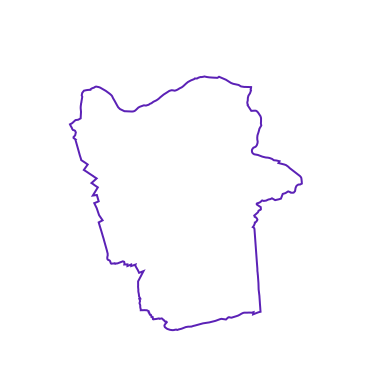 outline of Tenampulco, Puebla, Mexico, rotated 65°
{"feature_id": "50627088B49720713331936", "entity_name": "Tenampulco", "entity_type": "district", "adm_level": 2, "iso_a3": "MEX", "parent_name": "Mexico", "parent_adm1": "Puebla", "projection": "natural_earth1", "projection_center": [-97.395, 20.195], "detail": "fine", "context": "isolated", "style": "outline", "palette": "violet", "viewbox_px": 384, "rotation_deg": 65, "n_neighbors": 0, "source": "geoboundaries", "source_scale": "gbopen_adm2", "svg_char_len": 5952}
<svg xmlns="http://www.w3.org/2000/svg" viewBox="0 0 384 384"><g transform="rotate(65 192 192)"><path d="M93.0,276.5L95.0,275.4L95.0,275.5L104.3,277.0L111.5,278.2L114.8,278.6L116.3,278.9L119.7,276.8L123.0,274.9L126.3,280.7L129.3,278.8L132.5,276.9L135.4,275.1L135.6,275.0L135.8,274.8L136.0,274.8L139.4,272.7L141.4,279.3L143.2,278.2L144.7,277.4L148.0,275.4L153.3,283.4L154.5,279.5L161.0,280.5L161.0,281.9L160.8,285.3L166.4,285.2L173.7,286.0L173.8,286.0L179.9,285.0L180.1,289.4L184.8,290.1L187.8,290.5L192.5,291.2L194.4,291.5L197.3,291.9L198.3,292.1L208.7,293.8L212.3,294.5L213.3,295.0L213.7,295.1L214.7,295.9L215.8,296.6L216.9,297.0L217.7,296.9L218.3,296.5L218.7,296.1L219.1,295.7L219.7,295.5L220.5,295.5L221.3,295.6L222.4,295.7L223.0,295.2L223.2,294.4L223.6,293.5L223.8,292.5L223.9,292.1L224.6,292.0L224.7,291.6L224.9,290.4L225.2,289.8L225.6,284.0L226.4,283.2L226.6,283.0L226.9,283.0L228.0,283.3L228.4,283.5L229.1,284.0L230.3,281.1L231.8,281.8L232.0,277.8L233.4,278.4L233.9,273.9L234.0,274.0L235.3,274.5L240.1,274.1L242.9,274.1L243.2,269.4L244.1,270.6L250.2,278.6L251.9,279.4L253.9,280.3L255.0,280.9L257.5,281.8L258.1,282.0L258.4,282.2L259.3,282.6L259.9,282.8L262.0,283.3L264.0,284.0L264.4,284.1L265.9,284.0L266.4,283.9L266.8,283.9L266.6,284.9L268.1,285.0L268.9,285.2L270.2,286.3L270.7,286.6L272.2,286.7L273.1,286.9L274.3,287.5L275.4,287.8L276.6,288.0L277.5,288.4L278.0,287.2L279.1,284.8L280.1,282.9L281.8,281.6L282.1,281.7L282.4,281.9L282.7,282.1L282.9,282.2L283.1,282.1L283.3,282.0L283.4,281.8L284.0,282.0L284.3,281.9L284.7,282.0L285.2,281.7L285.7,281.8L286.0,281.2L287.1,281.3L287.5,281.2L288.1,281.5L288.7,280.5L289.1,280.6L289.4,280.7L289.7,280.9L290.0,280.9L290.3,280.8L290.6,280.7L290.7,280.8L290.8,280.9L290.9,281.0L291.0,280.9L291.2,280.6L291.3,279.9L291.9,278.3L292.2,277.0L292.6,275.4L292.9,275.3L293.2,275.1L293.8,272.8L294.8,272.3L295.8,272.0L296.1,271.7L296.7,271.5L297.6,271.4L297.9,271.3L298.1,270.9L298.2,270.6L298.4,270.3L298.7,270.0L298.9,269.9L299.2,269.9L299.4,269.9L299.5,270.1L299.7,270.6L299.9,271.1L300.5,272.3L300.9,272.9L301.1,273.2L301.5,273.5L301.9,273.6L302.9,273.7L303.2,273.6L303.7,273.3L304.8,272.8L305.7,272.2L307.6,270.2L308.9,268.2L309.5,266.7L309.6,265.9L309.7,265.4L309.9,265.0L310.0,264.5L310.2,264.2L310.5,264.0L310.7,263.8L310.9,263.3L310.9,262.8L310.9,262.3L311.0,261.9L311.1,261.3L311.5,259.2L311.8,254.7L312.4,252.5L313.7,249.5L314.0,247.1L314.3,245.7L315.7,237.5L317.5,231.4L318.7,225.2L319.1,220.4L319.4,218.9L321.9,215.1L321.2,212.9L321.1,212.7L321.1,212.3L321.0,212.1L321.0,211.8L321.1,211.4L321.3,211.3L321.5,210.9L322.1,210.1L322.6,209.3L323.3,204.2L323.5,202.3L323.4,200.4L323.2,198.6L323.2,196.7L323.5,195.5L324.8,192.7L325.4,191.2L325.7,190.7L326.0,190.0L326.6,189.0L326.9,187.0L328.7,188.3L328.9,185.0L329.1,182.5L329.5,180.5L327.6,179.8L325.3,178.9L322.1,177.7L320.3,177.0L315.1,175.0L314.9,174.9L308.5,172.8L302.7,170.3L294.8,167.3L294.3,167.2L293.4,166.8L291.2,166.1L289.2,165.2L282.3,162.6L271.8,158.6L252.1,151.1L251.2,150.9L250.5,151.1L249.9,151.4L249.5,151.7L249.0,150.7L248.2,149.6L247.4,148.8L246.7,148.0L246.2,147.9L246.2,147.1L246.1,146.6L246.0,146.2L245.7,145.8L245.6,145.6L245.4,145.3L245.3,145.0L245.0,144.7L244.7,144.4L244.1,144.4L243.6,144.4L242.2,144.7L241.5,145.2L241.2,145.5L240.8,145.7L240.2,145.5L239.8,145.2L239.6,145.3L238.3,140.9L237.7,140.1L237.1,139.6L237.0,138.3L237.1,137.5L236.7,136.8L234.7,136.1L233.5,136.9L230.8,138.5L230.3,138.5L229.9,138.2L229.8,137.8L230.1,135.4L230.1,135.1L229.8,133.7L229.3,132.0L230.4,130.8L231.1,128.5L231.1,127.5L231.1,125.9L231.6,123.8L231.5,122.2L234.5,120.1L235.3,116.4L235.6,114.2L232.1,110.6L232.5,107.8L232.3,106.3L232.1,104.6L233.8,102.9L234.2,102.9L234.9,101.8L235.4,100.6L235.5,100.0L234.7,98.2L232.2,96.5L231.7,96.0L230.9,95.1L230.5,94.4L230.2,92.5L230.8,91.0L230.9,90.7L230.8,89.0L230.8,88.9L229.1,88.2L227.4,87.6L225.8,87.1L225.3,87.0L224.7,87.0L223.2,87.4L219.5,89.3L213.7,92.3L211.8,93.3L209.7,94.1L207.4,95.4L206.2,96.6L202.3,101.4L201.1,99.7L199.1,102.2L197.8,104.4L195.8,105.5L193.9,107.4L192.9,108.8L191.8,110.7L189.7,113.3L186.3,116.6L184.1,119.7L182.6,120.6L181.2,120.7L179.9,120.3L178.9,119.6L178.3,118.6L177.8,117.6L177.9,116.0L177.7,114.7L176.9,113.4L175.3,111.9L173.9,111.1L172.2,110.7L170.3,109.9L168.3,108.7L166.3,106.8L164.8,105.5L163.1,104.1L161.0,101.1L159.0,100.6L157.2,99.6L154.2,98.2L152.3,97.9L149.5,98.3L148.1,98.5L146.7,98.9L145.8,99.4L145.3,99.8L144.8,100.8L143.5,104.0L136.8,104.9L136.3,104.4L135.6,104.5L134.3,104.1L133.3,103.4L132.8,102.9L130.3,101.6L128.5,100.1L127.1,97.8L125.5,96.2L124.7,95.5L124.2,95.7L123.6,95.4L122.7,94.5L122.3,94.3L121.9,94.1L118.7,100.5L117.0,103.0L114.7,104.5L111.3,109.0L109.6,110.6L104.6,113.8L99.0,118.8L99.3,120.6L98.4,122.4L97.0,125.0L95.4,127.9L94.1,129.9L92.5,132.0L92.5,132.4L92.2,133.6L91.9,134.7L91.4,135.7L91.1,138.0L91.3,139.1L90.9,140.3L90.3,141.5L90.6,142.4L90.4,145.7L90.6,149.2L91.2,151.5L92.4,155.2L92.8,157.1L92.8,159.0L92.9,160.2L93.1,161.7L93.1,163.2L92.9,164.8L91.9,166.2L91.2,167.3L90.9,168.8L90.8,169.9L91.2,172.7L91.7,176.5L92.0,177.7L92.2,178.5L92.8,180.9L93.3,182.4L93.7,184.2L93.9,186.0L93.9,187.0L93.9,188.8L94.0,189.3L94.4,191.2L94.3,192.8L94.6,194.4L94.2,197.2L93.1,199.0L92.7,203.2L92.8,204.9L93.9,208.1L94.3,209.7L94.2,210.9L93.8,212.2L90.2,219.1L86.4,222.2L84.0,223.1L81.6,223.3L76.8,223.6L73.7,223.9L71.3,223.9L70.1,224.2L68.3,225.0L67.0,225.7L63.9,227.4L59.9,230.2L58.6,231.1L57.5,232.2L55.9,234.4L55.8,235.5L56.0,236.6L55.9,237.5L55.8,238.8L55.9,239.8L56.1,240.9L56.4,241.0L55.5,243.2L55.2,244.3L55.0,244.8L54.9,245.4L54.5,247.1L54.8,247.7L55.4,248.9L55.8,249.6L56.7,250.3L57.8,251.1L59.3,251.2L63.8,254.3L64.0,254.4L64.2,254.5L64.7,255.0L65.9,255.7L66.6,256.2L67.8,256.9L69.0,257.5L72.4,258.7L78.2,261.8L78.4,264.6L77.6,267.2L79.0,271.6L79.1,274.0L80.8,274.0L83.1,273.8L84.5,273.9L85.6,273.6L86.0,273.0L86.5,272.5L87.2,272.1L88.9,272.1L91.2,273.9L91.7,275.0L92.2,276.2L93.0,276.5Z" fill="none" stroke="#5b21b6" stroke-width="2"/></g></svg>